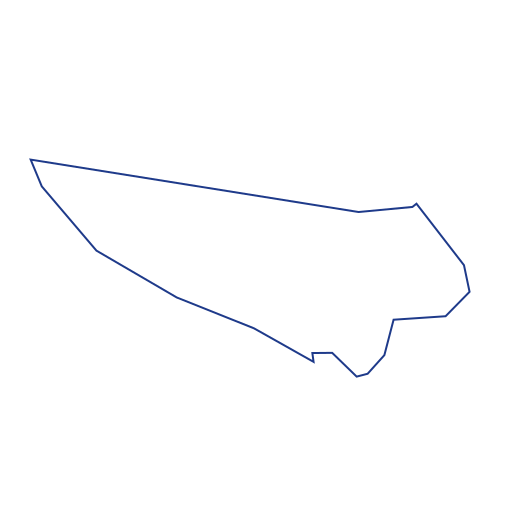 outline of Brighton and Hove, rotated 169°
{"feature_id": "GBR-2674", "entity_name": "Brighton and Hove", "entity_type": "Unitary Authority", "adm_level": 1, "iso_a3": "GBR", "parent_name": "United Kingdom", "parent_adm1": "", "projection": "albers", "projection_center": [-0.128, 50.838], "detail": "fine", "context": "isolated", "style": "outline", "palette": "blue", "viewbox_px": 512, "rotation_deg": 169, "n_neighbors": 0, "source": "natural_earth", "source_scale": "10m", "svg_char_len": 389}
<svg xmlns="http://www.w3.org/2000/svg" viewBox="0 0 512 512"><g transform="rotate(169 256 256)"><path d="M458.8,393.6L146.9,279.6L93.1,274.3L88.5,276.7L53.6,207.3L53.2,180.1L81.4,160.7L133.1,167.2L148.9,134.2L168.9,119.1L180.2,118.4L199.7,146.4L219.2,150.0L219.7,141.1L271.8,185.4L341.7,230.4L411.6,291.7L453.0,365.2L458.8,393.6Z" fill="none" stroke="#1e3a8a" stroke-width="2"/></g></svg>